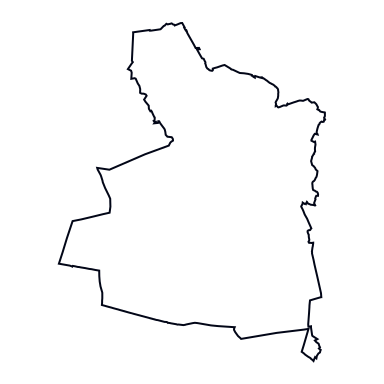 the district of Xochitepec, Morelos, Mexico
{"feature_id": "50627088B57245332476204", "entity_name": "Xochitepec", "entity_type": "district", "adm_level": 2, "iso_a3": "MEX", "parent_name": "Mexico", "parent_adm1": "Morelos", "projection": "robinson", "projection_center": [-99.225, 18.765], "detail": "fine", "context": "isolated", "style": "outline", "palette": "ink", "viewbox_px": 384, "rotation_deg": 0, "n_neighbors": 0, "source": "geoboundaries", "source_scale": "gbopen_adm2", "svg_char_len": 5835}
<svg xmlns="http://www.w3.org/2000/svg" viewBox="0 0 384 384"><path d="M261.7,77.3L261.9,78.0L259.6,77.4L255.8,76.2L255.2,76.0L254.9,76.7L254.8,77.2L254.8,77.6L253.5,76.9L253.6,76.3L251.8,75.7L251.9,75.0L251.1,74.7L249.2,74.2L248.1,73.9L244.1,73.3L239.9,73.0L238.7,72.5L233.0,69.8L231.6,69.5L231.2,69.3L230.9,69.1L230.8,68.8L229.1,67.7L227.9,67.0L227.1,66.5L224.6,65.0L222.5,65.5L217.0,67.4L215.0,67.9L212.8,68.6L212.9,69.3L212.9,69.9L212.7,70.4L212.2,70.8L211.8,70.8L211.3,70.6L210.2,70.5L209.2,70.0L208.4,69.1L207.5,68.7L206.4,67.2L206.0,65.9L205.6,64.2L205.2,63.5L205.3,63.1L205.4,62.7L205.4,62.2L204.7,61.0L203.7,58.8L202.0,58.3L199.7,54.3L196.9,49.3L197.0,49.2L197.8,49.3L199.6,49.2L199.0,47.9L195.6,48.0L194.0,44.9L187.3,33.1L186.9,31.5L186.5,30.6L186.2,31.0L185.1,29.4L184.2,27.6L184.6,27.4L182.2,23.0L180.6,23.1L177.0,24.6L174.8,25.4L174.7,25.0L174.5,24.8L174.0,24.7L173.5,24.6L173.0,24.4L172.0,23.6L171.6,23.4L171.1,23.5L170.4,23.8L168.8,24.1L167.8,24.4L166.4,23.8L165.8,24.4L164.6,25.7L164.1,25.8L163.7,26.0L160.6,29.2L160.3,29.3L150.7,30.7L149.8,30.7L149.7,30.0L133.1,32.3L133.2,33.7L131.9,60.8L132.8,62.1L131.6,63.7L127.9,69.1L131.1,70.7L131.7,72.7L131.3,78.8L134.6,78.2L135.7,78.7L137.8,83.5L139.4,85.9L140.2,89.1L140.1,92.8L141.5,93.6L143.8,93.7L145.8,94.5L146.6,95.8L144.1,99.6L145.5,101.8L148.7,105.6L148.9,108.8L150.4,111.3L151.3,110.8L151.9,111.9L152.1,112.1L152.4,113.1L154.3,117.1L154.7,117.4L154.7,118.6L154.5,120.4L153.7,120.9L154.4,121.8L155.0,122.1L155.5,122.0L155.1,122.7L155.1,122.8L154.5,123.0L154.3,123.3L158.0,122.9L158.1,122.1L158.4,121.2L159.2,121.3L159.6,122.1L160.1,123.1L162.6,126.5L163.9,128.2L164.7,129.4L165.3,131.8L165.7,134.8L167.4,136.7L171.7,137.2L172.3,138.0L172.9,139.1L173.0,140.6L171.4,141.6L170.3,142.6L168.8,145.6L145.0,154.3L109.4,169.7L97.2,167.9L97.7,169.6L100.6,174.9L101.2,176.5L102.5,180.7L102.8,182.3L103.3,183.5L105.1,188.0L108.8,195.5L110.2,198.7L110.4,206.7L109.6,212.7L102.9,214.2L93.5,216.5L81.3,219.4L72.6,221.1L66.9,238.2L62.6,252.3L58.9,263.7L69.7,265.6L72.0,266.4L72.3,266.6L72.8,265.9L75.0,266.3L78.0,267.0L78.9,267.0L80.8,267.4L85.2,268.1L89.2,268.9L91.6,269.2L95.5,270.0L99.2,270.6L99.3,276.2L99.7,281.5L100.2,284.5L100.5,286.4L102.2,292.3L102.3,292.9L102.3,298.3L102.1,300.7L102.1,302.7L101.9,305.0L128.8,312.5L156.6,320.0L157.7,320.1L164.6,321.9L166.8,322.0L167.8,322.8L167.9,322.7L169.3,323.0L169.7,323.0L170.9,323.3L176.6,324.3L177.0,324.5L177.7,324.6L178.5,324.5L183.4,325.1L185.2,324.8L186.1,324.5L191.9,323.3L192.9,323.1L194.9,322.8L197.6,323.1L211.0,325.4L218.1,326.1L234.7,327.2L234.1,328.6L234.0,329.8L235.2,332.1L238.0,336.0L240.5,338.2L241.1,338.9L276.6,332.9L303.2,329.7L308.5,328.9L303.6,345.7L301.7,351.8L303.1,352.8L303.8,353.3L304.7,354.2L305.4,354.8L308.1,356.7L310.5,358.1L311.0,358.8L312.3,359.8L313.5,361.0L314.1,359.4L315.1,357.1L316.4,358.3L316.9,355.8L318.4,353.5L319.9,352.5L320.0,352.3L320.2,351.3L320.7,349.9L319.7,349.2L318.9,348.5L320.0,347.3L319.3,346.0L318.6,343.7L316.4,342.2L314.9,340.5L317.4,339.1L312.4,335.9L312.1,335.1L311.4,330.2L311.0,327.6L311.0,326.3L308.8,326.7L308.4,326.7L308.2,324.3L309.0,313.7L309.4,307.5L309.4,307.4L309.5,305.1L310.0,300.4L313.3,299.4L321.2,297.1L321.3,297.1L321.0,293.2L317.3,276.7L314.5,264.6L313.6,260.1L312.0,253.3L312.1,252.1L311.9,251.7L312.5,247.4L312.7,246.7L313.2,243.4L313.2,242.7L311.4,243.0L310.8,242.8L309.8,242.9L308.9,242.7L308.5,241.7L309.1,240.7L309.3,239.7L308.8,237.0L308.7,234.5L308.3,234.0L307.6,232.1L307.6,231.1L308.4,230.3L310.0,230.1L310.3,229.8L311.0,228.6L311.3,228.4L310.9,227.4L308.7,222.5L307.1,218.7L304.7,214.5L303.4,211.1L302.6,209.3L301.4,207.0L301.2,206.4L302.5,204.0L302.7,202.6L304.6,203.9L305.0,203.7L305.4,203.7L305.9,204.1L306.9,201.9L307.1,202.1L307.6,203.0L308.2,203.7L309.3,204.0L310.7,204.7L313.4,205.0L315.0,205.5L315.2,205.4L314.1,203.1L315.5,199.3L315.3,199.0L315.2,198.6L315.9,196.5L316.3,195.8L318.0,195.8L318.1,194.2L317.6,192.6L316.9,191.8L316.0,191.6L315.0,190.8L313.2,190.0L312.8,188.8L312.5,185.9L312.5,185.0L312.3,184.0L312.3,183.4L312.4,182.6L312.8,181.8L313.6,181.2L314.1,180.9L314.9,179.8L315.6,178.1L316.1,177.4L316.5,176.8L317.0,174.8L317.5,171.1L315.8,169.5L315.1,167.9L313.6,166.1L312.2,165.1L311.1,161.1L312.1,157.5L312.0,156.9L313.3,154.8L313.6,154.1L314.1,153.9L314.1,153.3L314.2,153.1L314.3,152.8L314.5,152.4L314.9,151.8L314.9,151.5L315.1,151.4L315.0,149.9L314.9,149.2L315.0,147.4L315.5,144.6L315.1,141.6L314.0,142.0L311.4,140.7L311.4,140.0L313.4,136.0L313.5,135.6L314.7,133.9L314.8,133.8L317.6,134.5L317.4,133.9L317.3,133.7L316.6,133.0L316.8,131.2L317.5,128.3L318.6,124.9L319.3,124.4L319.6,123.3L320.4,122.4L321.1,121.9L321.5,121.6L322.8,122.0L323.8,121.6L324.1,120.1L324.6,120.1L325.1,119.6L324.3,118.1L324.2,118.1L324.1,117.7L324.4,117.2L324.9,116.1L324.9,112.6L324.8,112.4L323.7,112.3L321.2,111.8L320.3,111.5L320.0,111.2L319.5,110.6L319.4,110.3L319.0,109.9L318.6,110.0L318.3,109.9L318.0,109.5L317.4,109.3L317.6,108.8L317.7,108.2L317.9,107.6L317.9,107.0L317.3,106.1L317.2,105.8L316.3,104.2L314.4,102.3L311.6,102.6L310.9,101.9L309.6,101.0L309.1,100.5L308.6,99.6L308.5,99.3L307.9,99.0L307.7,99.0L307.3,99.1L306.5,99.4L303.2,100.8L302.7,100.8L301.3,100.6L299.7,100.5L297.8,101.0L296.8,101.4L294.3,102.2L293.9,102.3L287.1,104.7L287.2,104.1L288.2,102.9L287.2,103.9L286.9,105.3L286.3,105.6L284.0,105.4L283.3,105.5L279.8,107.0L278.3,107.4L277.9,107.2L276.4,105.5L275.7,106.0L275.7,105.5L276.1,104.1L276.0,103.8L275.6,102.4L275.9,101.7L277.5,99.0L277.9,98.0L278.0,96.8L278.2,96.1L278.2,93.6L278.4,92.4L278.3,91.8L278.3,91.5L278.1,90.3L278.1,89.7L277.8,88.9L277.5,88.4L276.7,87.7L276.5,87.3L275.5,86.5L275.2,86.5L274.5,85.6L272.8,84.4L271.4,83.8L270.9,83.4L269.7,82.9L268.3,81.8L267.0,80.7L266.0,80.1L265.1,79.4L264.6,79.1L263.8,78.5L263.1,78.1L262.4,77.8L262.0,77.8L261.9,77.3L261.7,77.3Z" fill="none" stroke="#020617" stroke-width="2"/></svg>